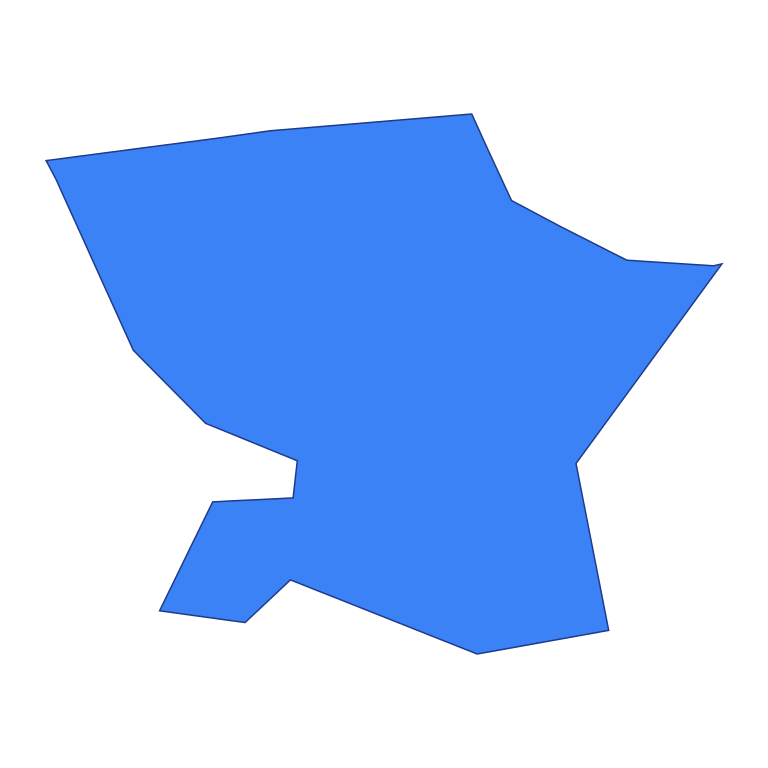 the district of Asgat, Dzavhan, Mongolia
{"feature_id": "93677404B85882553736113", "entity_name": "Asgat", "entity_type": "district", "adm_level": 2, "iso_a3": "MNG", "parent_name": "Mongolia", "parent_adm1": "Dzavhan", "projection": "robinson", "projection_center": [96.685, 49.51], "detail": "fine", "context": "isolated", "style": "filled", "palette": "blue", "viewbox_px": 768, "rotation_deg": 0, "n_neighbors": 0, "source": "geoboundaries", "source_scale": "gbopen_adm2", "svg_char_len": 1082}
<svg xmlns="http://www.w3.org/2000/svg" viewBox="0 0 768 768"><path d="M721.9,263.9L713.5,265.8L657.5,262.2L626.9,260.2L608.6,251.0L606.3,249.8L605.5,249.4L598.8,246.0L560.4,226.5L548.4,220.1L547.7,219.8L547.0,219.4L515.2,202.5L512.2,200.9L511.5,200.5L487.5,148.7L471.8,114.1L471.6,114.0L469.1,114.2L466.9,114.4L452.2,115.6L448.9,115.9L274.5,130.4L271.1,130.7L270.7,130.7L215.7,138.4L148.2,147.2L46.1,160.6L56.0,179.3L65.0,199.3L72.2,215.2L73.2,217.3L78.8,229.7L81.1,234.7L88.5,251.1L90.4,255.4L97.5,271.1L102.1,281.3L103.6,284.6L133.3,350.2L139.6,356.7L202.2,419.9L205.4,423.1L205.5,423.3L208.2,424.4L297.3,460.8L293.1,497.9L259.3,499.6L237.7,500.6L235.6,500.7L212.7,501.9L190.3,547.7L178.4,572.2L160.2,609.5L159.6,610.8L166.3,611.7L181.4,613.8L191.5,615.2L192.9,615.4L225.7,619.9L227.8,620.2L245.1,622.5L266.8,602.1L267.7,601.3L290.4,579.9L318.3,591.0L335.3,597.7L335.6,597.8L352.2,604.4L365.3,609.6L477.1,654.0L545.1,641.8L557.4,639.6L559.8,639.2L576.3,636.2L603.4,631.3L607.4,630.6L608.7,630.4L576.0,463.5L721.9,263.9Z" fill="#3b82f6" stroke="#1e3a8a" stroke-width="1.5"/></svg>